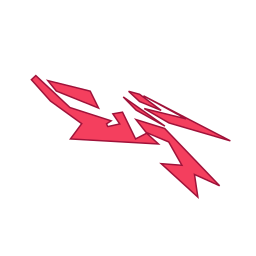 an SVG outline of Nunavut, rotated 28°
{"feature_id": "CAN-634", "entity_name": "Nunavut", "entity_type": "Territory", "adm_level": 1, "iso_a3": "CAN", "parent_name": "Canada", "parent_adm1": "", "projection": "equal_earth", "projection_center": [-85.605, 67.518], "detail": "coarse", "context": "isolated", "style": "filled", "palette": "rose", "viewbox_px": 256, "rotation_deg": 28, "n_neighbors": 0, "source": "natural_earth", "source_scale": "10m", "svg_char_len": 718}
<svg xmlns="http://www.w3.org/2000/svg" viewBox="0 0 256 256"><g transform="rotate(28 128 128)"><path d="M67.1,137.2L109.7,129.6L107.1,134.4L109.3,136.2L109.9,135.9L118.8,128.3L108.0,122.6L115.7,116.6L139.8,134.1L146.9,123.9L162.4,127.8L82.3,164.7L85.1,145.9L46.9,140.6L20.0,130.7L22.0,125.0L67.1,137.2ZM193.1,135.6L170.5,121.2L146.1,123.4L131.1,116.8L160.6,111.2L236.0,136.0L208.5,137.8L222.1,156.2L174.1,143.9L193.1,135.6ZM224.4,91.3L161.8,104.3L133.2,103.2L175.0,92.7L126.5,92.3L224.4,91.3ZM35.0,123.8L77.3,113.2L92.6,124.2L47.3,129.0L35.0,123.8ZM111.3,95.3L122.4,92.8L149.0,96.9L125.8,99.2L111.3,95.3ZM109.2,102.8L159.7,109.0L126.8,108.4L109.2,102.8Z" fill="#f43f5e" stroke="#9f1239" stroke-width="1.5"/></g></svg>